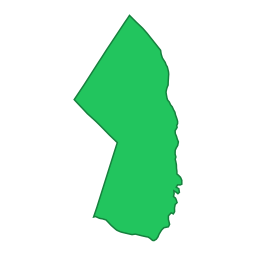 Alto Piquiri, Paraná, Brazil
{"feature_id": "56859067B25511421043506", "entity_name": "Alto Piquiri", "entity_type": "district", "adm_level": 2, "iso_a3": "BRA", "parent_name": "Brazil", "parent_adm1": "Paraná", "projection": "equal_earth", "projection_center": [-53.368, -24.091], "detail": "fine", "context": "isolated", "style": "filled", "palette": "green", "viewbox_px": 256, "rotation_deg": 0, "n_neighbors": 0, "source": "geoboundaries", "source_scale": "gbopen_adm2", "svg_char_len": 1577}
<svg xmlns="http://www.w3.org/2000/svg" viewBox="0 0 256 256"><path d="M177.1,127.5L176.7,125.4L177.6,123.6L177.6,121.3L176.7,118.2L175.5,114.9L174.9,112.2L173.5,109.7L172.2,106.8L170.6,104.9L169.2,101.9L167.7,100.2L167.0,98.1L166.4,94.8L166.0,92.1L166.5,89.6L167.1,87.4L168.1,85.1L168.2,81.5L168.4,78.9L168.5,76.8L168.7,74.3L168.5,71.9L167.9,69.3L167.3,66.9L166.1,64.9L165.2,62.4L163.9,60.4L162.4,58.0L161.7,55.9L161.1,53.8L160.6,50.3L147.1,33.3L142.7,28.3L136.4,22.3L129.5,15.4L127.4,18.6L125.1,21.9L106.4,50.1L100.5,59.3L98.7,62.0L83.9,85.1L74.2,99.6L78.0,103.7L83.7,109.7L87.3,113.6L95.2,120.7L98.5,123.9L101.1,126.5L109.4,135.0L117.3,142.6L113.4,155.0L97.0,207.0L93.6,217.0L95.5,216.5L99.3,218.2L100.8,218.6L102.4,218.8L106.0,219.9L111.2,225.4L113.0,227.0L115.5,229.2L117.0,230.3L120.4,231.8L122.5,232.4L125.9,233.2L132.0,234.6L135.4,234.1L141.6,235.7L146.1,236.7L148.0,237.0L149.8,238.1L152.5,240.4L154.0,240.6L156.3,239.2L157.9,237.0L159.0,234.3L160.6,231.6L161.8,229.8L163.8,227.8L165.9,227.3L168.4,226.8L169.6,224.3L168.4,219.5L168.4,215.8L171.2,212.8L173.3,213.9L174.6,211.7L174.5,207.9L175.2,204.4L177.1,202.6L176.4,200.3L175.5,198.1L173.5,196.5L174.1,193.7L173.9,190.8L176.0,192.1L177.9,193.7L179.4,192.3L178.8,188.7L176.2,187.2L177.6,184.9L180.3,184.9L181.8,184.2L181.8,180.3L180.5,177.3L178.5,175.3L176.9,173.9L176.9,171.3L176.5,168.4L176.4,164.8L175.7,161.2L175.2,159.3L175.9,157.0L175.1,154.0L175.2,150.3L176.3,147.8L177.7,145.5L178.4,141.9L177.3,139.2L176.5,136.4L175.3,133.6L175.1,130.7L177.1,127.5Z" fill="#22c55e" stroke="#15803d" stroke-width="1.5"/></svg>